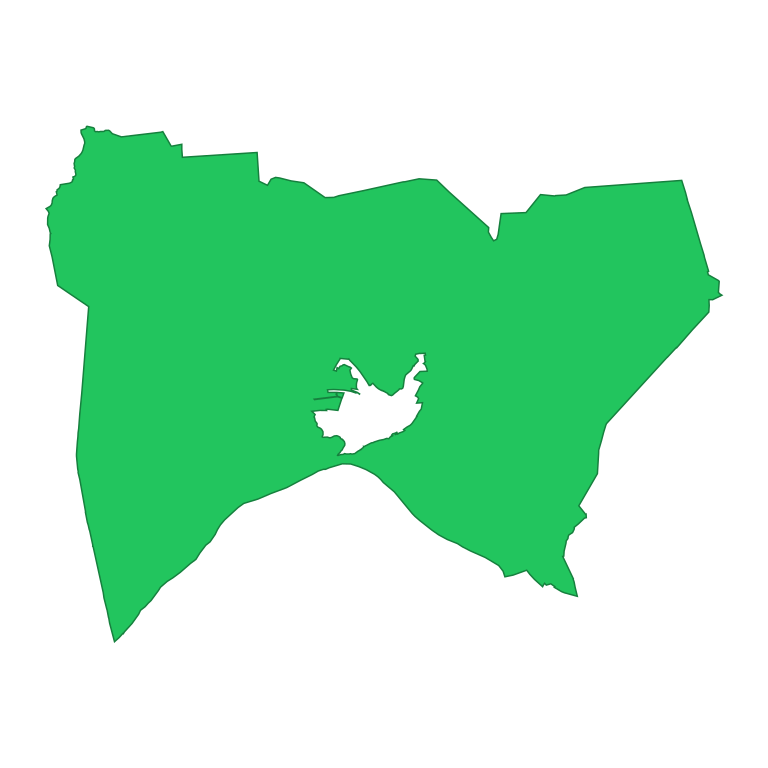 Kokneses pag., Kokneses, Latvia (Albers equal-area conic projection)
{"feature_id": "27541924B28822994626214", "entity_name": "Kokneses pag.", "entity_type": "district", "adm_level": 2, "iso_a3": "LVA", "parent_name": "Latvia", "parent_adm1": "Kokneses", "projection": "albers", "projection_center": [25.417, 56.656], "detail": "fine", "context": "isolated", "style": "filled", "palette": "green", "viewbox_px": 768, "rotation_deg": 0, "n_neighbors": 0, "source": "geoboundaries", "source_scale": "gbopen_adm2", "svg_char_len": 6038}
<svg xmlns="http://www.w3.org/2000/svg" viewBox="0 0 768 768"><path d="M681.7,180.4L584.8,187.5L566.1,195.0L555.5,195.6L554.8,196.0L540.5,194.6L526.0,212.6L501.1,213.6L498.2,234.1L498.3,234.2L498.1,234.6L496.7,239.3L493.6,240.8L491.3,237.4L488.4,232.1L488.7,227.6L449.2,192.1L436.7,180.1L419.1,178.8L404.8,181.8L403.1,181.9L363.2,190.7L339.0,195.7L333.8,197.4L325.1,197.6L303.9,182.8L291.1,180.9L279.7,178.0L275.6,177.4L271.1,179.2L267.5,185.3L259.0,181.2L257.1,152.5L182.4,157.3L181.8,149.5L181.8,144.3L171.7,146.2L171.0,145.9L162.8,131.6L160.9,132.2L121.3,136.9L112.3,133.7L109.6,130.8L108.6,130.3L105.3,130.4L104.2,131.3L103.1,131.5L100.3,131.5L98.5,131.9L97.3,131.5L95.6,131.7L94.5,130.9L94.4,128.9L94.1,128.3L93.2,127.7L87.0,126.3L86.5,126.6L85.9,128.4L85.2,128.8L81.0,130.1L81.1,132.5L81.4,133.6L84.0,138.9L84.7,141.9L84.7,143.5L84.1,145.0L82.9,150.1L82.0,152.2L81.2,153.5L78.8,156.2L75.4,158.6L74.8,159.7L74.7,161.5L74.1,163.6L74.3,164.5L74.3,165.1L74.7,166.2L74.2,168.0L75.4,170.0L75.3,171.8L75.7,173.4L75.9,174.4L75.6,175.6L74.3,176.6L73.0,176.9L73.0,177.6L73.4,178.7L73.4,179.3L72.6,179.8L72.4,180.3L72.6,180.8L71.8,182.1L69.5,183.2L60.3,184.7L60.0,186.7L59.1,188.4L57.1,189.8L57.0,191.0L56.7,191.7L56.3,191.8L57.1,195.0L54.3,196.7L53.0,198.1L52.3,200.4L52.1,203.1L51.1,205.4L50.0,206.4L46.1,208.6L48.3,211.3L49.1,213.3L48.0,216.5L47.7,218.1L47.6,224.6L49.2,228.2L50.1,232.1L50.8,233.6L50.2,233.9L50.1,239.4L49.3,245.8L52.1,256.9L57.7,285.5L88.7,306.6L81.8,392.7L79.7,414.9L78.7,428.4L78.1,432.8L77.9,436.9L77.4,441.6L76.5,454.1L76.5,456.2L77.7,468.9L78.2,471.4L78.1,472.6L79.8,479.5L85.6,511.9L85.4,512.1L87.4,522.5L88.2,525.0L89.4,530.3L89.5,529.8L92.8,545.2L92.7,546.4L93.2,546.9L103.2,592.4L104.0,598.0L106.8,609.2L107.0,609.5L108.5,617.4L108.8,618.2L109.6,623.1L114.5,641.7L119.1,637.6L122.9,633.4L123.3,633.7L124.4,631.9L132.1,623.4L138.6,614.3L140.5,610.3L145.1,606.7L148.0,603.4L151.0,600.6L158.3,590.7L160.5,587.2L167.2,581.4L172.9,577.8L180.3,572.3L190.4,563.5L195.9,559.4L199.8,553.1L205.8,545.2L210.1,541.8L215.2,534.4L217.4,529.7L220.3,525.0L224.6,519.9L238.1,507.5L243.8,503.4L258.1,499.0L270.7,493.6L286.7,487.6L300.5,480.3L312.4,474.4L318.3,471.0L323.4,469.3L325.6,469.3L329.0,467.8L342.3,463.8L350.7,464.0L358.8,466.6L366.1,469.6L374.6,474.3L378.1,476.9L380.7,479.4L383.3,482.5L394.3,491.8L412.3,513.6L415.0,516.4L419.6,520.4L431.9,530.1L438.6,534.8L447.3,539.5L457.5,543.6L462.6,546.9L470.6,551.0L485.3,557.5L498.7,565.5L503.1,571.2L504.9,576.8L513.1,575.1L526.7,570.2L529.8,574.3L534.4,579.3L542.6,586.7L543.2,585.4L544.6,583.3L546.3,585.1L550.8,583.8L554.8,586.6L554.2,587.2L554.4,587.4L561.7,591.7L564.5,592.8L577.3,596.3L575.1,587.2L574.1,582.0L573.1,578.9L573.3,578.7L562.7,556.4L563.8,556.1L564.1,551.2L566.0,543.1L566.2,540.9L567.9,538.6L568.1,537.4L568.0,537.1L568.7,535.1L572.6,532.5L574.0,529.6L574.3,528.7L574.2,527.3L578.4,523.9L584.5,518.1L586.3,517.7L586.1,514.5L585.9,514.7L578.8,505.8L597.4,473.7L598.6,453.7L598.7,450.1L601.5,440.5L603.6,432.4L605.9,424.9L606.5,423.6L667.4,357.0L667.5,357.1L676.4,347.5L676.7,347.8L692.4,329.8L708.8,312.1L709.2,305.4L709.0,301.6L709.0,299.6L712.7,299.7L721.9,295.2L720.0,294.0L718.4,292.4L719.2,281.5L718.7,280.7L708.3,274.8L707.5,271.8L708.6,271.3L704.5,257.5L704.0,255.0L700.5,243.7L691.4,212.5L687.1,199.4L687.3,199.4L685.5,192.5L681.7,180.4ZM414.1,378.0L414.4,379.4L418.9,380.6L422.7,382.9L422.6,383.3L419.8,386.8L418.3,390.3L415.4,395.8L417.7,397.1L418.6,398.6L416.6,403.1L422.5,402.7L421.2,409.2L419.4,411.3L416.6,416.2L417.0,416.4L412.0,423.5L410.3,425.2L406.9,427.1L403.6,429.5L404.8,430.4L402.9,431.7L399.3,433.0L397.7,434.0L396.8,432.3L395.7,432.9L396.7,434.0L395.4,434.5L394.6,433.3L392.6,433.9L391.6,435.2L392.5,435.8L390.3,436.9L388.9,438.7L386.7,438.4L383.7,439.5L379.4,440.3L373.9,442.1L373.6,442.5L371.3,442.9L364.2,446.5L363.6,446.4L363.7,446.8L363.3,447.5L362.0,448.5L361.2,449.5L360.4,449.5L360.2,450.0L357.8,451.3L354.8,453.6L352.0,454.1L350.5,453.7L349.3,454.0L346.3,454.0L344.5,453.6L343.3,454.4L340.7,454.6L338.0,455.5L337.6,455.4L338.1,454.3L339.9,452.6L341.1,450.8L342.1,450.0L343.1,447.9L344.7,445.4L344.9,443.8L344.4,441.7L343.0,439.9L342.6,439.9L342.1,439.1L341.5,439.1L340.4,438.3L340.3,437.5L340.0,437.2L338.7,436.4L336.8,435.7L334.2,436.0L331.8,437.3L329.9,437.9L327.3,437.1L323.0,437.3L322.2,436.9L322.4,436.0L323.0,434.8L323.0,432.6L322.9,431.5L321.5,429.2L320.1,428.1L317.8,427.1L317.2,426.3L316.8,425.4L317.1,424.1L317.0,423.4L315.2,421.0L314.6,417.9L314.0,417.0L315.1,414.5L311.8,411.3L319.9,410.4L326.6,410.5L326.2,409.4L327.6,409.2L337.9,410.4L341.9,398.1L337.5,396.7L314.5,399.6L314.2,399.2L337.2,396.4L337.2,396.1L336.8,394.9L336.2,394.5L336.3,393.9L336.8,394.0L336.7,394.4L337.6,396.3L342.2,397.8L343.9,393.0L336.6,392.4L328.0,392.4L327.5,389.8L333.9,389.5L344.3,390.1L350.9,391.3L356.0,393.0L356.3,392.4L357.1,392.5L359.5,394.1L359.6,393.9L357.1,392.3L352.8,390.6L351.4,390.3L351.4,388.5L357.3,389.3L356.6,388.4L356.4,387.0L356.4,384.2L356.7,382.3L357.5,379.7L357.1,379.0L353.6,378.7L352.2,377.8L350.7,374.0L349.9,370.2L351.4,368.1L349.9,367.0L349.7,367.2L344.3,364.6L343.0,364.9L342.3,365.7L340.1,366.3L338.8,368.2L338.7,368.6L337.1,367.7L336.4,371.1L333.5,370.2L336.5,364.5L340.0,359.0L340.1,358.4L348.4,359.2L348.8,358.9L349.7,360.2L356.3,367.0L359.9,371.4L367.0,381.7L369.1,385.4L369.8,385.1L370.0,385.5L370.6,385.3L372.3,383.5L372.9,383.3L376.4,387.1L378.5,388.8L381.5,390.5L381.7,390.3L383.4,390.9L383.3,391.2L384.7,391.6L384.9,391.9L387.7,393.4L388.0,394.1L389.3,394.8L389.2,394.9L391.4,395.6L392.7,395.0L394.5,393.3L397.3,391.1L399.0,389.6L399.4,388.9L401.6,388.9L402.7,388.2L403.3,386.5L404.2,379.4L405.1,376.3L405.8,374.8L410.5,370.8L411.3,369.8L413.3,365.7L414.0,366.0L414.8,364.5L418.2,361.0L418.0,360.7L418.1,359.7L417.8,359.1L415.1,356.1L415.7,354.2L419.9,353.3L420.1,353.5L425.2,353.2L425.5,355.1L424.2,355.3L425.1,361.7L425.9,361.0L424.1,363.2L423.5,363.5L425.0,364.7L425.6,365.5L427.1,369.3L427.2,371.2L420.0,371.5L414.8,377.0L414.1,378.0Z" fill="#22c55e" stroke="#15803d" stroke-width="1.5"/></svg>